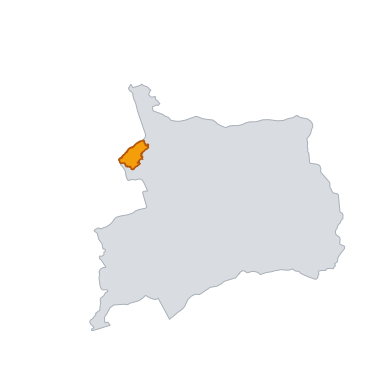 Kasongo-Lunda, Bandundu, Democratic Republic of the Congo (highlighted), rotated 72°
{"feature_id": "63176286B94968684087840", "entity_name": "Kasongo-Lunda", "entity_type": "district", "adm_level": 2, "iso_a3": "COD", "parent_name": "Democratic Republic of the Congo", "parent_adm1": "Bandundu", "projection": "natural_earth1", "projection_center": [17.609, -7.011], "detail": "fine", "context": "in_parent", "style": "filled", "palette": "amber", "viewbox_px": 384, "rotation_deg": 72, "n_neighbors": 0, "source": "geoboundaries", "source_scale": "gbopen_adm2", "svg_char_len": 8123}
<svg xmlns="http://www.w3.org/2000/svg" viewBox="0 0 384 384"><g transform="rotate(72 192 192)"><path d="M306.1,252.7L282.6,257.0L283.0,258.5L282.8,260.1L282.2,261.4L279.7,264.8L276.2,267.9L276.2,268.6L277.9,272.1L279.0,276.8L278.6,285.2L279.1,287.4L279.0,289.2L277.8,291.1L275.3,301.2L276.9,306.0L281.5,310.6L284.1,314.0L288.7,315.2L289.4,315.0L289.8,312.2L293.4,311.1L293.2,329.0L292.9,330.0L292.2,330.3L291.4,329.7L291.1,328.0L290.2,327.2L285.7,329.4L284.5,329.4L283.3,329.0L282.4,328.1L282.2,326.7L279.1,321.5L277.6,321.1L275.9,316.4L268.9,313.0L266.2,312.7L264.8,311.7L263.4,308.0L261.1,305.6L260.6,303.0L260.1,302.6L258.7,303.1L257.5,307.3L255.9,308.3L253.0,308.4L245.8,307.2L240.6,305.0L239.3,305.2L237.2,303.2L236.4,300.0L236.9,297.5L236.5,297.2L228.7,299.3L226.8,300.5L225.0,300.2L224.4,299.5L225.2,297.8L224.8,296.0L224.3,295.1L222.0,294.4L221.2,292.5L219.8,292.2L219.3,292.5L219.0,293.8L218.1,294.3L213.4,293.6L208.5,295.3L202.0,294.9L198.9,297.0L198.4,296.9L197.8,295.9L197.2,292.5L197.5,291.5L198.5,290.9L198.8,289.5L198.5,286.0L198.8,285.2L198.4,283.1L197.5,279.9L196.1,277.3L193.2,273.3L192.6,271.5L192.8,267.0L193.8,260.0L193.7,254.8L192.5,251.5L192.3,247.8L193.1,241.3L192.3,239.7L177.4,239.2L176.8,238.7L176.5,237.8L177.2,233.9L168.1,234.9L165.4,235.6L163.7,237.2L163.1,239.2L163.1,242.0L161.7,244.7L161.3,249.3L158.8,249.8L156.3,249.8L151.4,248.9L146.7,250.2L144.4,251.4L143.2,250.8L139.0,251.3L138.4,250.9L133.6,241.9L131.4,238.9L131.0,237.4L131.2,236.0L130.6,234.1L128.3,229.5L127.9,227.3L128.0,223.9L127.7,222.8L125.7,219.8L124.4,218.9L122.9,218.4L98.5,218.8L90.5,218.2L84.6,218.6L81.6,218.4L80.8,217.9L78.1,218.5L76.7,219.8L74.6,220.4L73.3,220.1L70.8,216.8L74.2,216.2L74.4,215.9L74.7,207.8L73.8,206.7L75.6,205.3L78.6,201.7L81.4,200.5L81.8,199.8L82.5,199.8L83.5,201.3L86.0,203.2L89.1,201.5L89.4,201.0L89.8,197.6L90.6,197.3L91.9,198.0L92.7,198.0L94.0,197.0L98.0,195.3L99.2,197.5L98.1,199.5L98.6,200.9L98.7,203.1L99.3,203.6L102.4,203.9L103.3,203.3L109.5,195.4L111.2,194.5L113.8,191.3L117.2,189.9L118.7,187.4L120.7,183.0L121.6,176.6L121.3,165.5L121.6,164.0L125.7,159.1L130.0,150.0L132.9,147.7L135.1,146.7L138.5,143.4L141.2,140.1L140.8,136.1L141.4,132.7L142.9,128.5L143.4,124.1L142.9,119.4L143.1,115.5L145.0,109.4L145.2,102.3L147.0,96.4L150.6,88.9L152.2,83.3L151.9,77.8L152.4,73.7L152.2,71.4L151.5,69.3L151.9,68.0L153.2,67.4L154.9,65.4L157.9,59.9L161.1,57.3L163.4,56.5L165.7,56.6L167.3,57.0L169.8,59.2L172.6,60.8L174.7,63.0L176.8,66.3L181.9,67.0L184.1,68.2L185.4,68.6L185.9,68.3L186.9,68.5L189.3,69.5L191.2,68.9L200.6,71.1L201.6,70.0L204.2,64.4L206.2,62.4L209.4,62.2L211.9,63.3L213.2,63.3L224.7,58.4L226.2,58.2L230.3,59.4L233.0,58.6L234.1,58.8L236.5,58.0L238.4,54.6L240.0,53.7L256.5,57.4L259.0,55.6L260.2,55.4L263.9,56.7L265.0,58.8L267.2,60.6L268.8,63.6L271.2,65.2L272.5,66.8L273.9,67.9L276.9,68.3L280.7,65.6L283.4,65.9L286.1,67.4L287.1,67.3L289.1,65.7L290.2,64.1L291.2,63.7L292.8,64.4L294.1,66.0L295.3,68.2L299.4,73.3L303.4,75.5L304.4,78.6L305.9,78.3L306.6,78.6L307.6,80.6L308.4,81.0L308.5,81.8L307.5,83.6L306.6,87.2L307.8,89.4L306.8,92.5L306.3,95.8L307.6,96.6L309.3,96.6L310.8,98.3L312.0,98.5L313.2,100.4L313.0,101.9L309.0,107.2L303.1,113.7L301.1,114.5L300.1,115.7L299.4,117.6L297.7,119.3L296.3,119.9L296.2,124.6L294.2,129.5L293.5,130.5L292.4,138.5L292.6,139.9L291.5,146.4L291.7,152.4L288.8,154.3L286.8,157.3L286.0,159.4L286.0,164.3L282.7,167.3L282.5,168.0L283.3,171.5L284.5,172.0L284.5,173.2L287.1,176.9L286.9,188.4L287.1,189.6L288.4,192.3L289.3,197.5L288.3,204.1L291.8,216.3L290.2,220.7L290.9,225.0L293.1,229.4L298.1,233.8L299.4,235.6L300.7,238.1L301.8,241.9L306.1,252.7Z" fill="#d9dde1" stroke="#a8b0b8" stroke-width="1"/><path d="M136.0,219.6L135.9,219.7L135.3,220.0L135.0,219.8L134.6,219.2L133.9,219.3L133.4,218.8L133.2,218.9L133.2,219.1L133.0,219.3L133.2,219.5L133.1,219.8L133.3,219.8L133.6,219.9L133.6,220.0L133.7,220.3L133.6,220.5L133.8,220.6L133.8,220.8L134.0,220.9L134.0,221.0L133.8,221.1L133.7,221.3L133.5,221.5L133.2,221.8L132.6,221.9L131.9,221.5L131.6,221.4L131.3,221.7L131.2,221.7L130.8,221.8L130.6,222.2L129.7,222.0L129.2,221.6L128.8,221.6L128.5,221.6L128.3,221.9L128.2,221.9L128.1,222.1L127.8,222.2L127.6,222.4L128.1,222.8L128.0,223.0L128.1,223.5L127.9,223.8L128.0,224.2L127.9,224.6L128.0,224.8L128.0,225.2L128.1,225.4L128.1,225.6L127.7,225.6L127.7,225.8L127.8,225.9L127.7,226.2L127.7,226.3L127.8,226.4L128.1,226.5L128.1,226.8L127.9,226.8L128.0,227.0L128.2,227.4L128.1,227.7L128.2,227.8L128.6,228.1L128.6,228.3L128.4,228.6L128.4,228.8L128.5,229.0L128.7,229.6L128.8,229.9L128.9,230.1L128.9,230.4L129.1,230.7L129.3,230.8L129.4,231.0L129.4,231.4L129.5,231.6L129.7,232.0L130.0,232.2L130.0,232.7L130.1,232.9L130.3,233.0L130.5,232.9L130.6,233.1L130.8,233.2L130.9,233.4L130.8,233.8L130.9,234.1L130.8,234.5L131.0,234.8L131.3,234.9L131.3,235.1L131.4,235.4L131.2,235.7L131.2,236.1L130.9,236.2L130.7,236.1L130.7,236.3L130.8,236.7L131.0,236.9L131.0,237.3L131.2,237.5L131.0,237.9L131.0,238.1L131.5,238.5L131.6,239.0L131.6,239.4L131.7,239.5L131.8,239.5L132.0,239.5L132.1,239.8L132.4,239.9L132.6,240.2L132.9,240.2L133.0,240.3L133.0,240.5L133.0,240.9L133.0,241.3L133.3,241.3L133.4,241.1L133.6,241.3L133.9,241.4L133.9,241.5L134.0,241.6L133.9,241.7L133.6,241.8L133.6,242.1L134.0,242.3L134.2,242.6L134.1,242.9L134.3,243.3L134.4,243.6L134.6,243.7L134.6,243.9L134.8,244.0L135.2,244.2L135.4,244.3L135.5,244.5L135.4,244.8L135.4,245.1L135.5,245.4L135.7,245.6L135.8,245.6L135.8,246.0L135.7,246.1L135.7,246.3L136.0,246.5L136.5,246.7L136.6,246.9L136.5,247.1L136.8,247.2L136.8,247.3L136.7,247.4L136.7,247.5L137.0,247.4L137.1,247.5L137.0,247.9L137.1,248.0L137.3,247.9L137.4,248.0L137.2,248.5L137.4,249.0L137.6,249.0L137.6,249.3L137.8,249.1L137.7,249.8L138.0,250.0L138.4,250.5L138.2,250.5L138.0,250.8L138.0,251.0L138.3,251.2L138.3,251.3L138.7,251.7L139.4,251.7L140.3,251.3L140.8,251.2L141.2,251.3L141.5,251.5L142.1,251.2L142.8,251.0L142.8,250.0L142.9,249.6L143.0,249.3L143.3,249.1L143.2,248.6L143.3,248.3L143.2,248.1L143.4,247.8L143.5,247.5L144.1,247.0L144.8,246.7L144.9,246.9L145.0,246.8L145.5,247.1L146.0,247.0L146.6,247.0L146.7,246.9L146.7,246.7L146.8,246.5L146.9,246.4L146.9,246.2L147.0,246.1L147.1,245.9L147.2,246.0L147.3,245.9L147.4,246.0L147.4,245.8L147.4,245.7L147.5,245.7L147.8,245.4L148.2,245.4L148.2,245.1L148.2,244.9L148.3,244.6L148.2,244.5L148.3,244.4L148.2,244.4L148.3,244.2L148.4,243.7L148.5,243.4L148.7,242.8L148.8,242.7L149.0,242.6L149.2,242.8L149.5,242.8L149.5,243.0L149.9,242.8L150.3,242.7L150.8,242.1L151.2,242.4L151.6,242.6L151.8,242.4L152.3,241.4L152.4,241.2L152.4,240.9L152.5,240.6L152.3,240.3L152.1,240.3L151.9,240.3L151.9,240.2L151.9,239.9L151.7,239.8L151.7,239.7L151.6,239.3L151.5,239.2L151.4,239.0L151.2,238.9L151.1,238.6L150.9,238.5L150.7,238.1L150.8,237.9L150.7,237.7L150.6,237.8L150.5,237.4L150.6,237.2L150.5,236.9L150.4,236.8L150.4,236.7L150.5,236.7L150.6,236.4L150.5,236.1L150.4,236.2L150.3,235.9L150.3,235.7L150.2,235.5L150.2,235.4L149.8,235.1L149.8,234.9L149.7,234.8L149.6,234.7L149.7,234.4L149.6,234.2L149.5,233.9L149.5,233.7L149.4,233.5L149.3,233.3L149.3,233.1L149.2,233.0L149.0,232.8L148.9,233.0L148.7,233.3L148.1,233.2L147.7,233.0L147.7,233.3L147.4,233.1L146.9,233.0L146.9,233.5L147.1,234.1L147.3,234.6L147.3,234.8L147.2,234.8L146.7,233.6L146.5,233.3L146.0,233.0L145.9,232.8L145.7,232.6L145.6,232.1L145.5,231.8L145.2,231.6L145.1,231.3L144.9,231.0L144.8,230.3L144.9,229.9L145.1,229.7L145.2,229.4L144.7,229.7L144.4,229.4L144.3,228.8L144.2,228.8L143.9,228.8L144.0,228.6L143.9,228.4L143.4,228.1L143.2,228.4L143.0,228.5L142.8,228.4L142.8,228.6L142.6,228.6L142.5,228.8L142.4,229.0L142.1,229.0L141.7,229.5L141.2,229.2L140.7,228.6L140.3,228.3L140.2,228.3L139.9,228.4L139.9,228.2L140.0,228.1L140.3,228.0L140.4,227.9L140.4,227.6L140.3,227.4L140.1,227.4L139.4,227.8L139.0,227.6L138.8,226.9L138.8,226.4L138.7,226.2L138.8,226.1L138.7,225.9L138.6,225.7L138.4,225.4L138.3,225.1L138.2,224.7L137.9,224.4L137.8,224.2L137.6,224.0L137.6,223.8L137.5,223.7L137.4,223.5L137.4,223.3L137.4,223.1L137.4,222.8L137.2,222.6L137.2,222.3L137.1,222.1L137.2,221.9L137.1,221.7L136.9,221.6L136.9,221.0L136.7,220.6L136.6,220.3L136.2,219.7L136.0,219.6Z" fill="#f59e0b" stroke="#b45309" stroke-width="1.5"/></g></svg>